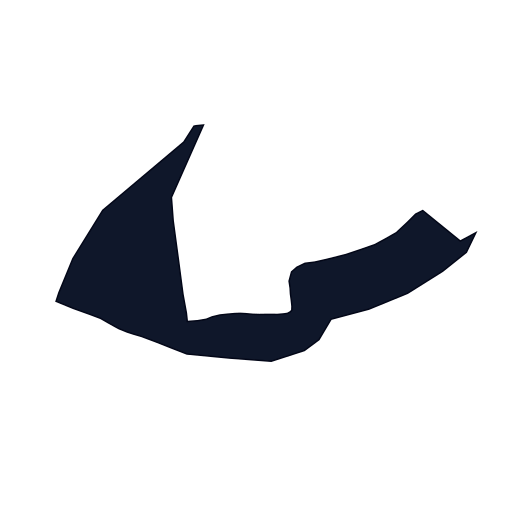 the district of Marisule/Top Of The World, Gros Islet, Saint Lucia, rotated 318°
{"feature_id": "8701671B2050901299754", "entity_name": "Marisule/Top Of The World", "entity_type": "district", "adm_level": 2, "iso_a3": "LCA", "parent_name": "Saint Lucia", "parent_adm1": "Gros Islet", "projection": "natural_earth1", "projection_center": [-60.968, 14.044], "detail": "fine", "context": "isolated", "style": "filled", "palette": "ink", "viewbox_px": 512, "rotation_deg": 318, "n_neighbors": 0, "source": "geoboundaries", "source_scale": "gbopen_adm2", "svg_char_len": 1054}
<svg xmlns="http://www.w3.org/2000/svg" viewBox="0 0 512 512"><g transform="rotate(318 256 256)"><path d="M296.8,118.0L278.6,123.0L172.7,119.5L118.2,135.4L84.9,151.4L77.1,155.9L85.2,172.7L93.8,188.7L98.8,198.4L101.6,207.0L104.2,214.6L105.6,218.5L107.0,221.3L109.3,226.1L112.7,232.0L116.9,238.8L123.9,252.2L131.7,267.9L139.1,282.6L168.2,314.3L196.9,344.4L228.7,358.6L246.8,360.3L269.5,353.2L304.3,371.0L343.7,385.1L384.5,392.2L414.8,394.0L434.9,385.8L417.8,381.6L410.3,333.8L402.7,331.7L391.3,332.3L375.9,332.6L362.3,329.6L351.7,327.0L337.2,320.9L323.8,315.1L306.2,305.8L295.5,299.8L287.5,294.2L278.9,291.7L271.8,291.6L263.8,296.8L259.9,302.7L256.2,307.3L252.8,312.3L249.1,317.4L246.3,320.3L244.0,320.4L241.0,319.7L238.0,317.7L232.8,313.8L228.9,310.2L223.3,305.2L219.4,301.8L214.6,297.2L209.5,291.7L205.8,288.0L201.6,284.5L195.9,280.2L189.7,275.7L182.7,271.9L176.8,269.8L169.4,265.1L161.1,258.7L166.1,251.8L176.1,235.6L195.0,208.1L218.1,174.3L232.4,155.8L304.6,123.5L298.8,119.2L296.8,118.0Z" fill="#0f172a" stroke="#020617" stroke-width="1.5"/></g></svg>